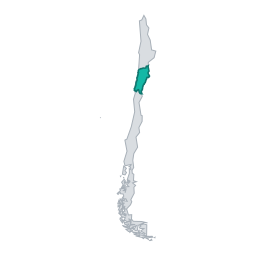 Atacama on a map of Chile (Equal Earth projection)
{"feature_id": "CHL-2696", "entity_name": "Atacama", "entity_type": "Region", "adm_level": 1, "iso_a3": "CHL", "parent_name": "Chile", "parent_adm1": "", "projection": "equal_earth", "projection_center": [-70.184, -27.52], "detail": "fine", "context": "in_parent", "style": "filled", "palette": "teal", "viewbox_px": 256, "rotation_deg": 0, "n_neighbors": 0, "source": "natural_earth", "source_scale": "10m", "svg_char_len": 6853}
<svg xmlns="http://www.w3.org/2000/svg" viewBox="0 0 256 256"><path d="M139.4,20.9L141.8,19.9L143.9,15.4L145.9,18.9L146.5,24.9L148.9,28.0L147.5,34.4L150.2,40.1L151.6,49.9L155.8,51.1L154.1,57.7L148.3,62.3L148.1,73.2L149.4,76.4L146.9,77.6L143.0,85.5L141.3,91.2L142.2,96.5L139.0,102.5L141.0,115.2L142.2,115.7L142.1,121.4L138.9,127.6L139.6,132.5L136.0,137.1L137.6,147.2L133.8,153.6L132.8,160.3L133.7,167.5L132.0,170.5L132.3,173.3L133.8,174.3L133.5,180.7L136.4,181.7L132.5,182.9L135.6,185.4L133.9,187.3L134.2,193.2L130.8,199.8L131.8,201.7L130.5,204.8L126.6,208.9L128.4,215.0L131.7,214.7L131.5,219.1L133.3,221.3L141.5,221.5L147.5,222.9L144.4,222.5L138.1,225.4L137.3,230.4L136.1,230.9L131.7,228.3L133.5,227.7L134.1,229.0L136.4,225.6L132.2,227.2L131.1,228.8L129.1,227.8L130.3,225.3L135.2,224.5L130.4,224.2L128.8,226.9L126.7,225.7L128.3,225.1L128.7,223.9L125.1,224.7L123.9,222.1L125.8,222.7L130.0,221.2L130.4,223.3L131.1,222.8L131.0,220.0L128.4,218.7L130.8,220.4L127.1,221.7L124.3,219.8L125.3,217.7L121.7,216.7L120.5,214.7L122.1,214.6L122.3,213.0L124.4,215.4L125.8,216.0L126.3,213.7L125.1,215.4L124.1,214.3L125.1,213.8L122.3,212.1L125.0,211.1L123.6,209.0L125.5,209.1L124.4,208.1L125.0,206.0L123.3,208.0L123.3,203.7L124.6,203.1L122.7,203.0L122.2,200.5L127.2,201.3L125.8,198.7L123.7,200.3L121.8,198.9L124.0,198.3L122.5,197.4L123.8,196.1L123.1,194.0L120.2,193.7L120.3,192.5L117.9,193.5L118.4,194.8L117.2,193.5L120.5,190.5L119.8,189.0L123.7,188.4L124.5,186.4L124.3,190.0L122.7,190.8L124.5,190.5L125.5,188.6L125.1,192.8L126.1,189.1L125.5,186.8L128.8,186.6L126.8,184.7L129.9,181.9L129.9,181.0L127.3,179.5L129.4,173.2L129.3,168.7L130.9,169.5L130.5,167.1L129.0,166.7L131.0,165.2L131.2,164.4L125.0,165.8L123.9,161.4L127.0,151.2L124.9,140.1L126.9,139.1L131.3,126.7L134.7,111.8L133.5,99.3L135.3,93.2L134.3,88.7L138.4,72.3L139.6,54.7L138.6,52.7L141.0,41.3L139.4,20.9ZM146.8,224.8L146.6,235.7L133.8,234.5L138.1,233.1L140.1,234.1L137.9,232.1L139.2,229.7L139.2,232.2L144.3,234.3L145.1,233.5L140.7,231.0L143.9,228.6L140.0,228.4L139.5,227.0L140.8,226.2L139.8,225.3L143.7,223.9L146.8,224.8ZM125.0,174.9L122.4,174.2L123.7,166.1L126.4,168.3L124.9,170.6L126.5,172.6L125.0,174.9ZM122.4,204.6L122.4,211.2L121.2,209.7L121.8,208.1L120.4,210.3L118.4,210.0L121.0,204.4L122.4,204.6ZM141.4,237.2L147.4,236.3L146.8,237.2L148.9,239.6L144.5,237.3L143.6,238.6L141.4,237.2ZM125.3,180.8L124.2,181.9L125.3,185.6L123.9,185.9L121.6,182.2L124.2,179.3L125.3,180.8ZM129.6,228.9L132.5,230.6L129.9,232.2L130.3,230.9L128.5,231.5L125.9,229.3L129.6,228.9ZM132.5,231.8L137.3,232.7L133.6,233.0L132.5,231.8ZM152.8,237.2L148.9,237.5L148.0,236.4L152.2,236.3L152.8,237.2ZM122.3,203.7L120.8,203.9L119.4,200.7L121.1,199.7L122.3,203.7ZM119.9,203.8L117.8,203.7L118.8,200.6L119.9,203.8ZM129.4,181.4L126.8,182.9L127.4,180.5L129.4,181.4ZM121.7,219.6L122.9,221.3L122.4,222.9L120.6,220.4L121.7,219.6ZM122.4,225.3L126.7,226.9L128.8,228.3L124.2,226.9L122.4,225.3ZM123.3,187.5L121.4,187.8L122.9,185.1L123.3,187.5ZM135.6,235.9L139.6,236.0L140.1,237.0L135.6,235.9ZM120.1,205.0L119.0,206.7L118.0,206.9L118.1,205.1L120.1,205.0ZM121.3,211.7L119.8,213.1L119.0,212.9L119.4,211.2L121.3,211.7ZM122.7,217.8L120.8,218.4L119.8,219.6L120.3,217.8L122.7,217.8ZM119.6,214.2L119.1,213.6L120.4,213.8L119.6,214.2ZM125.8,183.1L125.0,182.2L125.1,181.7L125.7,182.0L125.8,183.1ZM124.6,220.8L123.7,220.9L123.2,220.1L124.6,220.8ZM120.7,199.2L119.3,199.2L120.7,199.0L120.7,199.2ZM151.6,239.3L151.8,240.3L150.8,239.9L151.6,239.3ZM123.5,177.6L124.3,178.1L123.5,177.8L123.5,177.6ZM151.0,240.5L149.8,240.6L149.7,240.5L151.0,240.5ZM155.0,237.3L154.9,237.8L154.5,237.6L155.0,237.3ZM100.7,117.4L100.2,118.0L100.7,117.4ZM120.9,176.0L120.6,176.5L120.4,176.1L120.9,176.0Z" fill="#d9dde1" stroke="#a8b0b8" stroke-width="1"/><path d="M148.3,65.7L148.1,66.7L148.1,66.9L148.1,67.0L148.3,67.4L148.3,67.5L148.3,67.8L148.3,68.1L148.4,68.3L148.5,68.4L148.5,68.5L148.6,69.2L149.0,70.8L149.0,71.2L148.9,71.4L148.3,72.0L148.2,72.2L148.1,72.4L148.1,72.7L148.1,73.2L148.1,73.5L148.3,74.0L148.5,74.2L149.4,75.8L149.5,75.9L149.5,76.1L149.4,76.2L149.4,76.5L149.3,76.8L149.2,76.9L148.9,77.0L148.6,77.0L148.4,77.1L148.3,77.3L148.2,77.4L148.2,77.5L147.8,77.5L147.7,77.4L147.3,77.3L147.1,77.3L147.0,77.5L146.8,77.8L146.7,78.0L146.7,78.4L146.7,78.5L146.5,79.1L146.4,79.2L146.4,79.3L146.2,79.4L146.1,79.5L146.1,79.9L146.0,80.1L145.9,80.4L145.8,80.6L145.7,80.6L145.7,80.8L145.8,80.9L145.8,81.0L145.6,81.1L145.5,81.5L145.3,82.4L145.3,82.6L145.1,82.7L144.9,82.8L144.7,82.9L144.7,83.0L144.4,83.7L144.3,83.9L144.2,84.2L143.9,84.1L143.8,84.5L143.7,84.6L143.5,84.9L143.3,85.1L143.1,85.4L143.0,85.8L143.0,86.4L142.9,86.5L142.7,86.7L142.7,86.9L142.6,87.1L142.6,87.3L142.6,87.5L142.7,87.9L142.7,88.0L142.5,88.3L142.5,88.5L142.4,88.6L142.4,88.8L142.3,89.0L142.4,89.5L142.4,89.8L142.2,90.0L141.9,90.0L141.7,90.3L141.5,90.5L141.5,90.8L141.4,90.8L141.2,91.0L141.2,91.3L141.3,91.5L141.4,92.0L141.5,92.2L141.6,92.8L141.6,93.0L141.6,93.3L141.6,93.5L141.8,93.7L141.7,93.7L141.5,93.8L141.4,93.8L141.0,93.8L140.9,93.8L140.8,93.7L140.7,93.6L140.1,93.5L140.0,93.4L139.9,93.3L139.9,93.0L139.8,92.9L139.5,92.6L139.4,92.5L139.3,92.4L139.2,92.1L138.8,90.3L138.7,89.9L138.6,89.7L138.3,89.6L138.2,89.6L138.0,89.8L138.0,90.0L137.9,90.0L137.7,90.2L137.1,90.3L136.9,90.5L136.7,91.1L136.7,91.3L136.6,91.5L136.4,91.6L136.3,91.4L136.2,91.4L135.9,91.3L135.7,91.2L135.6,90.8L135.6,90.7L135.4,90.5L135.2,90.4L134.9,90.3L134.6,90.4L134.5,90.5L134.4,90.4L134.4,90.1L134.4,89.9L134.5,89.9L134.5,89.7L134.4,89.7L134.5,89.4L134.4,89.1L134.3,88.8L134.3,88.5L134.5,88.2L134.9,88.0L134.9,87.9L135.0,87.8L135.0,87.6L135.1,87.4L135.2,87.2L135.3,87.1L135.4,86.8L135.4,86.7L135.3,86.4L135.5,86.3L135.5,86.2L135.5,85.9L135.7,85.7L135.8,85.4L135.9,85.2L135.9,84.8L135.8,84.7L136.0,84.2L136.0,83.8L136.0,83.7L135.9,83.5L135.9,83.4L136.0,83.4L136.0,83.2L136.1,82.6L136.1,82.4L136.2,82.2L136.3,82.1L136.2,82.0L136.2,81.9L136.3,81.8L136.3,81.7L136.5,81.3L136.5,81.2L136.5,80.9L136.6,80.7L136.6,80.8L136.9,80.8L137.0,80.7L137.1,80.4L137.1,80.0L137.2,79.8L137.2,79.7L137.2,79.4L137.1,79.2L137.0,78.9L137.0,78.7L137.0,78.4L137.0,78.2L136.9,78.1L137.0,77.9L136.9,77.8L136.9,77.7L137.0,77.4L137.3,77.4L137.3,77.2L137.4,76.9L137.5,76.9L137.6,76.7L137.6,76.2L137.5,75.9L137.6,75.7L137.7,75.3L137.8,75.2L138.0,75.0L137.9,74.9L137.9,74.7L138.0,74.6L138.0,74.4L138.1,74.1L138.1,73.9L138.2,73.7L138.1,73.4L138.2,73.2L138.2,72.9L138.1,72.7L138.3,72.7L138.5,72.4L138.4,72.3L138.2,72.2L138.3,71.9L138.3,71.6L138.3,71.4L138.3,71.2L138.3,70.9L138.3,70.7L138.4,70.4L138.5,70.4L138.8,69.8L139.6,69.1L139.9,69.1L140.2,69.1L140.7,68.6L141.2,68.5L141.4,68.7L142.0,68.6L142.5,68.3L142.8,68.1L143.5,68.0L144.1,68.2L145.8,68.0L145.8,67.9L145.9,67.7L146.1,67.2L146.2,66.9L146.2,66.7L146.2,66.4L146.5,66.3L146.8,66.3L146.9,66.2L147.0,66.3L147.4,66.3L147.6,66.3L147.8,66.2L148.0,65.9L148.3,65.7L148.3,65.7Z" fill="#14b8a6" stroke="#0f766e" stroke-width="1.5"/></svg>